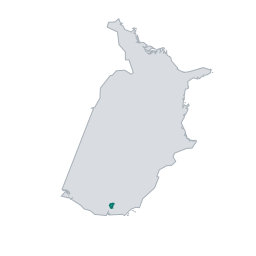 Tuolumne, California, United States of America (highlighted), rotated 298°
{"feature_id": "52423323B26881284907235", "entity_name": "Tuolumne", "entity_type": "district", "adm_level": 2, "iso_a3": "USA", "parent_name": "United States of America", "parent_adm1": "California", "projection": "albers", "projection_center": [-120.026, 38.034], "detail": "fine", "context": "in_parent", "style": "filled", "palette": "teal", "viewbox_px": 256, "rotation_deg": 298, "n_neighbors": 0, "source": "geoboundaries", "source_scale": "gbopen_adm2", "svg_char_len": 4578}
<svg xmlns="http://www.w3.org/2000/svg" viewBox="0 0 256 256"><g transform="rotate(298 128 128)"><path d="M197.3,81.0L207.9,73.6L207.3,62.2L212.2,61.2L215.5,66.6L220.1,68.6L216.7,72.5L217.1,73.7L215.7,72.8L215.9,75.6L213.4,79.1L214.3,85.8L217.5,87.0L218.7,86.0L217.7,85.2L218.4,85.4L219.2,86.5L215.9,89.4L214.5,88.6L215.1,90.5L211.0,93.3L208.9,97.3L208.6,95.9L207.8,95.3L208.5,98.7L209.7,98.8L210.7,101.5L210.2,106.0L206.8,105.2L207.2,102.3L206.3,104.6L208.1,106.6L209.7,107.4L210.7,108.8L210.5,115.6L209.7,111.8L205.8,109.8L205.6,105.6L203.9,107.8L207.1,112.4L204.2,112.0L203.5,112.5L203.4,110.6L203.2,110.2L203.0,111.7L203.5,112.8L207.8,113.1L207.5,114.3L205.1,113.3L204.4,113.3L207.3,114.5L208.3,114.5L208.5,116.0L207.0,115.5L209.5,116.6L209.3,117.1L208.0,116.5L205.7,117.1L209.2,117.6L210.8,116.7L214.7,120.5L211.5,117.7L213.1,119.7L209.8,120.8L213.1,122.0L213.9,120.8L213.5,123.5L210.2,124.3L212.5,124.5L211.5,126.3L213.7,126.1L210.6,128.3L210.4,132.5L207.6,135.0L204.2,143.9L203.1,143.6L203.2,150.3L203.6,151.8L206.5,155.7L216.7,166.2L218.0,173.6L215.7,175.1L211.8,172.6L210.0,169.8L205.1,167.9L205.6,165.8L204.0,166.6L202.8,161.8L197.0,159.0L191.2,162.6L189.1,160.4L182.9,162.5L183.3,161.2L182.6,162.6L180.0,164.1L179.2,162.0L179.3,163.7L170.9,167.0L174.9,166.8L174.3,169.1L177.6,170.0L176.6,171.4L172.7,170.0L173.1,172.0L168.6,172.6L165.4,170.9L164.4,172.6L157.6,172.5L154.7,176.2L155.4,175.3L153.3,175.1L153.2,178.7L149.9,181.9L150.6,181.0L148.0,181.3L149.2,182.2L146.5,184.4L146.3,188.3L144.8,188.1L146.2,188.8L147.2,192.1L149.0,193.8L148.2,194.8L140.3,193.9L137.5,189.3L127.8,181.0L123.8,181.2L120.8,185.9L115.7,184.1L112.8,179.8L105.9,175.3L98.8,176.2L99.1,178.3L87.7,179.6L72.5,174.2L63.0,175.5L61.6,172.0L57.5,168.7L49.1,166.1L49.1,163.5L42.3,152.1L42.5,150.9L43.9,152.4L43.1,149.9L46.0,149.7L40.5,149.9L36.1,139.1L37.3,133.5L35.9,127.1L37.5,123.0L38.5,111.3L41.0,111.7L38.2,111.0L39.1,107.9L38.2,107.9L36.6,101.2L42.7,102.6L41.5,106.0L43.5,103.6L43.3,106.5L41.8,107.1L42.9,107.3L44.0,106.1L44.4,103.2L42.8,98.6L128.9,88.4L128.5,86.7L130.9,89.0L141.2,89.2L150.3,84.9L166.0,87.7L167.3,89.5L173.0,90.8L177.5,97.9L176.9,105.4L179.3,106.8L188.7,96.8L187.0,94.1L187.8,93.2L193.9,90.0L197.3,81.0ZM213.0,93.8L214.7,92.5L209.0,97.9L213.3,92.8L213.0,93.8ZM43.3,101.4L44.0,103.3L44.0,103.6L42.9,102.2L43.3,101.4ZM148.7,193.3L147.0,190.6L146.7,188.9L147.2,190.6L148.7,193.3ZM217.3,72.5L217.7,73.3L217.3,73.3L217.3,72.5ZM165.8,171.7L166.2,172.4L165.3,172.0L165.8,171.7ZM52.4,168.9L53.3,168.5L52.4,168.9ZM51.3,168.7L51.0,169.2L50.6,168.7L51.3,168.7ZM217.7,88.6L217.5,89.4L217.3,89.4L217.7,88.6ZM146.8,187.2L146.6,188.6L147.3,185.7L146.8,187.2ZM213.5,162.7L215.5,164.8L213.2,162.5L213.5,162.7ZM57.3,171.2L57.7,171.9L57.3,171.3L57.3,171.2ZM218.6,173.8L218.2,174.9L218.7,172.7L218.6,173.8ZM215.7,121.9L215.4,123.2L214.9,120.6L215.7,121.9ZM42.4,99.9L42.4,100.4L42.1,100.2L42.4,99.9ZM149.3,182.7L148.1,183.7L149.3,182.5L149.3,182.7ZM219.6,87.8L219.9,88.4L219.3,88.6L219.6,87.8ZM57.3,173.3L57.7,174.2L57.2,173.4L57.3,173.3ZM147.9,184.3L147.4,184.8L147.8,184.1L147.9,184.3ZM210.9,110.0L210.8,111.7L210.8,109.4L210.9,110.0ZM154.5,176.9L153.7,177.7L154.7,176.5L154.5,176.9ZM203.6,150.9L203.9,152.0L203.5,151.3L203.6,150.9ZM214.1,126.2L213.9,126.5L214.3,125.3L214.1,126.2ZM193.3,161.5L192.5,162.4L192.1,162.5L193.3,161.5ZM179.5,164.0L179.4,164.3L178.8,164.5L179.5,164.0ZM208.9,170.4L209.4,171.1L208.7,170.3L208.9,170.4ZM177.3,166.5L177.4,167.2L176.9,166.0L177.3,166.5ZM217.0,176.6L216.4,177.0L217.2,176.4L217.0,176.6ZM210.8,102.0L210.8,102.8L210.8,101.7L210.8,102.0ZM215.0,123.7L214.7,124.1L215.0,123.7Z" fill="#d9dde1" stroke="#a8b0b8" stroke-width="1"/><path d="M51.6,148.0L51.4,148.1L51.2,148.1L51.0,148.3L50.9,148.3L50.9,148.5L50.7,148.6L50.6,148.8L50.5,149.0L50.4,149.1L50.3,149.3L50.2,149.3L50.2,149.5L50.0,149.8L49.9,149.8L49.9,150.0L49.7,150.1L49.7,150.3L49.5,150.5L49.4,150.5L49.2,150.7L49.2,150.8L50.2,151.7L50.3,151.5L50.5,151.7L50.4,151.5L50.4,151.4L50.5,151.3L50.6,151.2L50.6,151.3L50.7,151.2L50.8,151.1L51.0,151.0L50.9,151.0L51.0,151.0L51.3,150.9L51.5,150.9L51.6,151.0L51.8,151.1L52.0,151.2L52.3,151.1L52.5,151.1L52.8,151.0L52.9,150.9L53.0,150.7L53.3,150.5L53.5,150.6L53.8,150.7L53.9,150.8L54.0,150.8L54.1,151.0L54.3,151.2L54.5,151.1L54.6,150.9L54.6,150.7L54.4,150.4L54.2,150.3L54.2,150.2L54.2,149.9L54.1,149.7L53.9,149.6L53.7,149.5L53.6,149.4L53.4,149.3L53.2,149.3L53.2,149.2L53.0,148.9L53.0,148.7L52.9,148.7L53.0,148.5L52.8,148.4L52.7,148.3L52.8,148.2L52.7,148.1L52.4,148.1L52.2,148.2L52.1,148.3L51.6,148.0Z" fill="#14b8a6" stroke="#0f766e" stroke-width="1.5"/></g></svg>